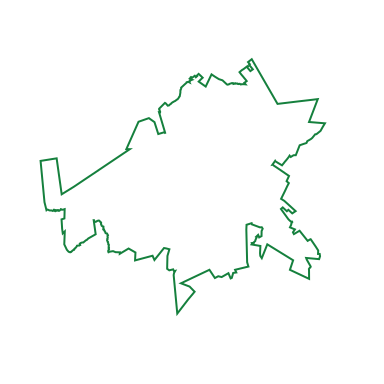 outline of Pánuco de Coronado, Durango, Mexico, rotated 256°
{"feature_id": "50627088B1013780118073", "entity_name": "Pánuco de Coronado", "entity_type": "district", "adm_level": 2, "iso_a3": "MEX", "parent_name": "Mexico", "parent_adm1": "Durango", "projection": "robinson", "projection_center": [-104.338, 24.505], "detail": "fine", "context": "isolated", "style": "outline", "palette": "green", "viewbox_px": 384, "rotation_deg": 256, "n_neighbors": 0, "source": "geoboundaries", "source_scale": "gbopen_adm2", "svg_char_len": 5833}
<svg xmlns="http://www.w3.org/2000/svg" viewBox="0 0 384 384"><g transform="rotate(256 192 192)"><path d="M79.4,284.6L87.7,286.6L89.0,286.8L90.0,287.9L90.1,288.5L90.8,289.1L91.1,289.1L98.6,287.0L100.4,286.8L96.1,299.1L98.7,300.7L101.0,300.9L101.4,299.3L104.7,300.3L108.9,298.9L116.5,296.1L117.5,295.7L117.5,295.3L116.6,292.4L128.4,287.0L126.5,280.7L128.5,280.2L130.8,282.8L132.8,280.1L134.0,278.5L136.2,280.3L137.0,280.6L137.3,280.9L137.8,281.0L138.3,281.5L138.6,282.0L139.1,281.9L139.2,281.0L140.5,280.0L142.3,278.9L154.0,274.2L155.1,276.3L150.4,279.4L151.4,281.2L147.0,284.1L148.4,287.9L161.1,279.4L163.8,276.8L170.3,282.3L174.6,285.8L177.2,288.1L179.6,286.4L184.1,290.0L194.6,280.7L198.0,277.6L199.1,276.9L199.1,276.7L199.2,276.8L199.3,277.0L202.1,280.2L201.7,280.3L199.7,282.2L196.1,285.8L198.0,288.3L199.2,289.8L199.4,290.2L200.3,291.4L200.5,291.7L201.5,293.0L202.7,294.5L203.7,295.5L202.1,296.3L203.1,299.4L202.6,301.6L211.3,307.8L211.7,312.5L211.8,314.5L211.9,315.0L213.5,316.2L214.0,318.1L214.7,320.4L215.4,321.8L218.2,325.5L218.0,326.7L220.2,331.5L223.3,334.4L226.5,337.6L231.6,322.5L251.7,336.5L252.5,330.1L254.2,317.0L256.8,296.3L306.4,282.1L304.5,277.8L302.0,279.0L301.6,278.2L296.3,280.7L295.2,277.9L299.9,275.6L300.3,276.5L300.7,276.2L298.6,271.3L298.5,270.7L298.1,269.7L296.8,267.1L294.2,268.2L292.8,268.9L291.6,269.5L289.0,270.7L288.7,270.9L286.4,271.9L286.0,271.0L285.3,269.2L283.5,270.0L284.0,268.6L284.3,267.4L284.5,266.4L284.6,266.2L284.5,265.4L284.8,265.1L285.4,264.6L285.5,264.2L285.4,263.6L285.5,263.2L286.1,262.6L286.2,262.4L286.0,262.2L286.2,261.9L286.3,261.7L286.7,261.0L286.6,260.0L286.7,259.8L286.8,260.1L287.0,260.1L287.0,259.7L286.8,259.3L286.8,258.4L287.2,258.4L287.3,258.2L287.5,258.2L287.6,258.3L287.8,257.9L287.7,257.6L287.8,257.3L288.0,257.0L287.9,255.9L287.9,255.2L287.8,254.4L287.6,254.1L287.5,253.7L287.6,253.3L287.5,252.7L287.6,252.4L287.9,251.9L293.0,248.6L295.0,245.4L298.5,242.0L301.4,239.4L291.0,230.8L297.5,225.2L299.0,227.6L300.3,230.0L302.6,228.6L305.0,227.0L303.5,224.5L303.1,224.8L302.4,223.5L304.1,222.8L303.5,221.4L302.9,219.9L303.8,218.9L303.7,218.7L303.5,218.3L303.3,218.2L303.2,218.1L302.8,217.7L302.5,217.2L302.3,217.4L302.2,217.5L300.9,219.2L300.8,218.4L300.8,217.9L300.2,217.0L300.4,216.7L299.9,215.9L298.9,216.1L299.8,215.0L299.8,213.6L299.6,213.6L297.8,210.2L296.9,208.6L295.9,206.7L295.1,206.6L294.6,206.3L293.8,205.5L293.7,205.4L293.4,205.5L292.0,204.9L291.3,204.8L288.2,203.4L287.9,203.3L287.6,203.0L287.3,202.4L286.9,202.2L286.3,201.5L285.4,200.4L285.3,199.6L284.8,198.6L284.4,197.7L284.3,197.0L284.1,196.2L283.8,195.3L283.8,195.0L283.2,193.6L282.7,193.0L282.4,192.1L282.0,191.2L281.6,190.7L281.6,190.4L281.6,189.4L284.3,188.0L285.0,187.3L280.8,180.3L280.3,180.1L280.1,180.1L279.8,180.1L279.6,180.4L279.4,180.4L279.2,180.3L278.8,180.3L278.2,180.5L277.4,180.5L277.0,180.3L277.4,179.3L255.0,180.3L256.7,179.9L256.4,173.3L268.9,172.5L274.1,168.0L273.1,157.1L249.5,138.7L248.6,142.0L225.7,78.7L221.3,65.0L257.4,68.8L258.8,52.6L217.8,46.4L211.3,46.4L209.6,46.4L209.7,46.6L209.9,46.8L210.0,46.9L210.0,47.2L210.0,47.4L209.7,47.8L209.3,48.5L208.9,48.8L208.4,49.7L208.3,50.5L208.2,51.0L207.3,52.3L207.3,52.6L207.6,52.9L208.0,53.4L208.2,53.6L208.1,54.0L207.8,54.2L207.4,54.4L206.7,54.4L206.5,54.6L206.6,54.8L206.9,55.0L207.1,55.1L207.4,55.4L207.3,55.6L207.1,55.8L206.8,56.0L206.5,56.2L206.5,56.5L206.8,56.9L207.0,57.0L206.9,57.4L206.9,57.7L206.8,57.8L206.3,57.8L205.9,58.2L205.9,58.8L206.2,59.4L206.9,60.4L207.1,60.6L207.0,60.8L206.9,60.9L206.6,61.0L206.3,61.3L206.0,63.2L206.2,63.9L206.2,64.3L197.2,61.8L197.0,58.8L187.8,57.1L183.1,56.6L184.5,59.0L172.1,55.4L166.2,56.6L163.9,57.8L163.0,59.1L163.2,59.5L163.0,59.8L163.0,60.1L163.8,61.5L164.0,61.7L164.5,63.0L164.4,63.5L164.8,64.0L165.2,64.0L165.7,64.8L166.0,65.6L167.2,67.1L167.7,67.4L167.6,68.7L167.3,69.5L167.5,70.1L167.6,70.7L169.0,70.6L169.2,71.0L169.5,71.9L169.5,72.6L169.6,73.2L169.3,74.3L170.8,77.3L170.9,78.2L172.0,80.1L174.3,88.3L188.4,89.8L188.3,90.1L187.7,90.0L186.9,90.5L186.4,91.0L186.4,91.7L186.6,92.3L186.9,93.2L186.9,94.5L186.7,95.0L186.1,95.4L185.6,95.4L185.2,95.8L184.8,96.1L184.5,96.4L184.0,96.4L183.6,96.2L183.0,95.9L182.1,96.2L181.4,96.1L181.1,96.2L180.9,96.3L180.5,96.7L180.4,97.0L180.2,97.3L179.9,97.7L179.5,97.7L179.3,97.6L179.1,97.5L179.0,97.4L178.8,97.3L178.4,97.2L177.9,97.4L177.7,97.4L177.5,97.2L177.3,96.9L177.1,96.8L176.8,97.0L176.7,97.1L176.5,97.6L176.4,97.6L176.1,97.6L175.8,97.6L175.3,97.9L175.0,97.9L174.9,97.8L174.7,97.8L174.5,98.0L174.1,98.2L173.5,98.2L173.0,98.2L172.6,98.8L172.2,99.6L171.6,99.6L170.9,99.9L170.3,100.0L169.8,99.3L168.9,99.3L168.0,99.2L167.5,98.6L166.7,98.7L166.2,98.1L165.7,97.9L165.1,97.9L164.1,98.4L163.5,98.1L163.2,98.2L162.7,98.4L162.0,98.3L161.7,98.1L161.4,98.1L161.2,98.3L160.9,98.5L160.7,98.6L159.8,98.1L159.6,98.0L159.1,98.0L158.2,98.0L157.9,97.5L157.1,97.5L156.9,97.7L156.6,97.7L156.4,97.6L156.2,97.2L155.9,97.0L155.7,96.9L155.1,96.4L154.7,96.4L154.4,96.3L154.1,96.3L153.7,96.4L153.7,96.6L154.2,97.2L154.0,97.5L153.7,101.1L152.1,103.3L150.9,107.5L149.5,107.0L152.5,116.8L152.1,117.2L147.0,122.5L139.4,120.2L139.7,138.3L135.1,139.1L144.4,151.3L143.5,153.3L141.9,156.2L135.9,152.7L123.5,149.3L121.5,151.0L121.5,155.0L119.5,155.4L119.5,156.6L117.8,155.0L115.8,154.1L77.6,148.3L88.7,162.3L94.6,170.4L100.8,166.8L106.1,159.2L112.3,190.1L103.0,193.4L103.9,197.1L102.3,200.2L104.4,207.7L98.8,208.6L99.0,209.8L103.5,212.4L103.2,215.5L106.1,215.0L106.0,228.7L110.5,228.5L142.3,235.6L147.0,237.0L147.3,242.3L146.1,242.3L141.3,249.3L140.9,251.2L139.3,251.7L137.3,250.1L132.4,248.8L131.7,246.2L134.4,245.8L133.0,243.4L132.5,243.9L130.2,242.0L129.1,241.5L128.5,240.2L127.8,239.9L128.0,237.7L127.4,237.8L126.7,237.1L123.1,245.3L116.1,243.2L114.1,242.9L113.5,242.8L110.9,243.7L123.0,252.4L101.3,273.6L92.8,268.2L79.4,284.6Z" fill="none" stroke="#15803d" stroke-width="2"/></g></svg>